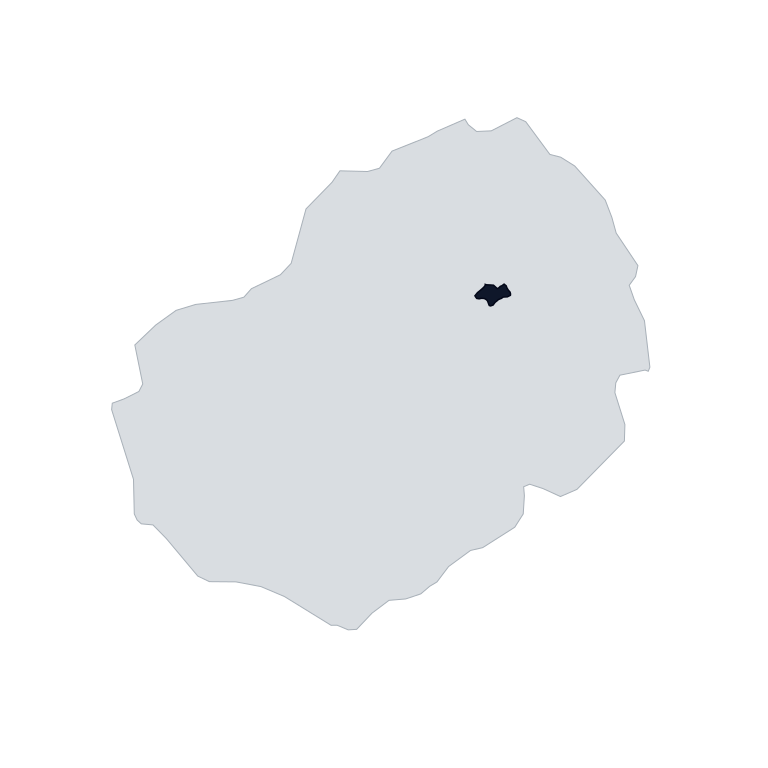 North Macedonia, with Plasnica highlighted, rotated 160°
{"feature_id": "MKD-2902", "entity_name": "Plasnica", "entity_type": "Statistical Region", "adm_level": 1, "iso_a3": "MKD", "parent_name": "North Macedonia", "parent_adm1": "", "projection": "albers", "projection_center": [21.117, 41.443], "detail": "fine", "context": "in_parent", "style": "filled", "palette": "ink", "viewbox_px": 768, "rotation_deg": 160, "n_neighbors": 0, "source": "natural_earth", "source_scale": "10m", "svg_char_len": 1769}
<svg xmlns="http://www.w3.org/2000/svg" viewBox="0 0 768 768"><g transform="rotate(160 384 384)"><path d="M347.5,196.5L359.6,198.0L385.7,190.4L401.9,179.9L410.2,178.3L421.2,174.2L437.1,174.6L453.3,179.0L473.6,172.8L493.6,162.8L501.7,165.2L510.5,173.3L516.3,175.4L550.3,218.4L568.9,235.7L590.8,248.7L615.7,258.0L624.7,267.2L641.4,313.2L649.3,330.6L659.9,335.6L662.5,340.6L663.1,347.3L652.0,380.1L648.7,453.1L645.9,458.9L633.4,458.9L616.9,460.8L610.7,466.5L604.8,505.9L578.3,517.5L554.2,524.3L533.8,523.2L497.7,514.4L486.0,513.5L476.0,518.9L444.0,522.1L430.0,529.1L397.4,575.2L363.9,591.3L352.5,599.4L326.8,589.3L314.5,588.3L296.8,600.1L257.9,601.3L247.4,603.4L217.4,605.2L216.1,598.8L210.6,589.6L196.6,585.2L168.0,588.8L161.1,582.0L149.6,543.0L140.4,536.7L130.2,523.6L113.2,481.2L112.9,462.6L114.2,446.4L104.9,408.4L110.9,398.9L119.8,392.9L120.0,377.6L117.6,354.4L128.4,308.9L131.3,305.6L133.9,307.8L159.3,311.6L165.8,305.8L170.0,296.9L171.5,263.5L177.6,248.2L238.7,219.0L256.7,217.9L270.4,231.4L281.4,240.0L287.9,239.7L290.3,231.0L297.6,214.3L310.1,204.7L347.2,196.5L347.5,196.5Z" fill="#d9dde1" stroke="#a8b0b8" stroke-width="1"/><path d="M257.1,420.9L258.2,421.7L258.3,422.4L258.3,424.3L258.3,426.2L258.5,427.3L259.3,428.7L260.6,430.1L263.2,431.2L265.5,431.5L267.6,432.7L268.3,435.1L268.3,435.9L268.0,436.0L264.9,437.9L262.2,438.8L258.8,440.1L256.8,441.0L255.1,442.1L254.8,443.0L253.6,442.1L250.2,440.7L247.3,439.4L245.7,436.4L245.0,434.9L243.2,435.1L241.3,436.0L241.1,436.0L239.7,436.0L237.0,436.8L235.6,434.5L235.6,432.3L235.1,429.8L234.1,427.2L234.3,425.3L234.9,424.1L238.2,423.7L242.2,424.9L242.3,424.9L244.4,424.3L245.5,424.3L247.6,424.2L249.6,423.4L251.3,422.9L252.7,422.1L254.4,420.9L257.1,420.9Z" fill="#0f172a" stroke="#020617" stroke-width="1.5"/></g></svg>